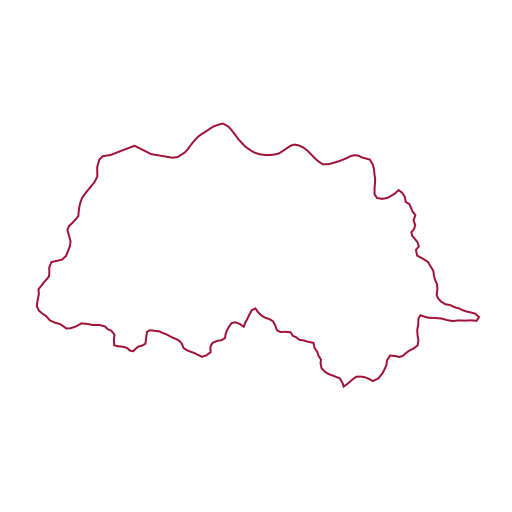 the district of Capitólio, Minas Gerais, Brazil, rotated 178°
{"feature_id": "56859067B5400147838049", "entity_name": "Capitólio", "entity_type": "district", "adm_level": 2, "iso_a3": "BRA", "parent_name": "Brazil", "parent_adm1": "Minas Gerais", "projection": "mercator", "projection_center": [-46.158, -20.611], "detail": "fine", "context": "isolated", "style": "outline", "palette": "rose", "viewbox_px": 512, "rotation_deg": 178, "n_neighbors": 0, "source": "geoboundaries", "source_scale": "gbopen_adm2", "svg_char_len": 3355}
<svg xmlns="http://www.w3.org/2000/svg" viewBox="0 0 512 512"><g transform="rotate(178 256 256)"><path d="M474.4,225.1L476.0,218.6L476.8,213.5L474.8,208.9L471.5,205.9L467.8,203.2L464.3,198.9L459.1,196.3L454.4,194.9L450.8,192.4L448.2,190.2L444.2,190.2L438.6,191.8L432.9,194.7L427.5,194.1L421.3,192.7L414.6,192.5L409.4,190.9L407.0,188.2L403.3,186.4L400.2,182.5L400.9,177.2L400.8,171.6L395.9,170.4L392.2,170.0L387.9,168.6L385.4,165.9L382.1,165.1L379.5,167.5L376.7,169.6L373.4,170.2L369.6,172.2L368.6,178.2L367.6,183.9L364.5,185.5L359.7,184.7L355.4,184.1L351.7,182.2L347.5,180.5L344.1,178.3L340.1,176.4L336.2,174.4L333.4,171.4L331.6,166.5L328.4,164.3L325.3,162.9L320.7,161.0L316.8,158.8L313.4,157.2L309.1,158.4L304.7,161.5L304.8,166.7L302.6,170.6L297.9,172.5L293.3,173.0L289.8,175.2L289.1,178.9L287.4,183.2L285.2,186.6L282.8,189.8L279.1,190.5L274.8,188.8L270.7,185.7L269.3,189.4L266.9,193.3L265.0,197.1L262.1,202.0L258.4,203.6L256.2,200.1L252.8,196.5L249.5,194.2L244.9,192.5L241.3,190.2L239.2,186.0L237.8,181.2L234.5,179.2L229.0,179.2L224.0,178.5L222.0,175.0L218.4,173.2L215.3,170.6L211.4,170.0L207.3,168.6L201.6,167.2L200.6,162.0L198.1,158.0L196.8,153.7L194.7,150.3L195.2,146.3L194.4,141.6L190.9,137.7L187.2,135.3L183.5,133.9L180.2,132.4L176.5,130.8L173.9,126.0L173.0,122.5L169.1,125.0L164.5,128.8L159.9,131.9L155.3,131.8L151.4,131.0L147.8,129.5L143.6,126.9L138.0,129.4L133.6,134.5L131.2,138.9L129.5,142.4L128.6,147.3L125.4,151.9L120.1,151.1L116.4,150.1L113.0,150.9L109.2,154.0L105.5,156.4L102.2,157.8L97.7,160.9L96.6,165.9L97.3,171.1L97.5,176.4L96.3,181.5L95.8,188.0L93.7,191.0L89.0,189.2L85.5,188.2L80.1,187.9L72.6,187.0L66.8,185.1L61.3,184.1L56.1,184.6L52.4,184.3L48.2,184.1L43.4,184.2L37.8,183.6L35.2,187.2L39.1,190.8L43.7,192.2L48.0,193.3L51.5,194.7L54.8,196.5L59.3,197.9L63.7,200.2L68.5,201.2L72.9,204.2L75.4,207.2L76.8,210.7L75.9,216.6L76.1,221.6L77.9,225.9L78.8,230.2L79.3,234.9L81.8,239.4L84.4,244.1L89.2,247.4L95.0,250.8L95.9,256.7L92.9,259.9L94.2,264.3L96.8,267.7L99.2,270.7L99.9,274.3L97.1,277.5L95.8,281.3L97.3,286.1L95.3,291.4L97.9,294.8L99.4,298.6L100.9,302.5L104.5,304.9L105.3,310.1L107.7,314.1L111.2,316.8L115.1,313.5L119.3,311.2L122.7,309.4L128.0,308.7L133.1,309.8L135.4,313.7L135.1,320.4L134.4,325.5L134.3,329.1L134.7,333.2L135.1,338.6L136.0,343.1L138.9,348.4L142.7,349.6L146.2,350.6L150.2,352.7L153.7,353.3L157.9,352.6L161.3,350.9L165.6,349.3L170.0,347.8L174.8,346.5L180.0,345.3L185.9,345.3L189.8,347.9L193.1,350.9L196.5,354.7L200.7,359.3L205.1,362.9L209.8,365.2L214.0,366.0L217.5,365.0L222.0,362.3L226.1,359.7L229.5,357.7L233.1,356.9L237.2,356.5L242.5,356.5L248.6,357.5L253.7,359.3L257.3,361.5L260.4,363.8L263.2,366.0L266.1,369.4L269.4,373.1L272.6,377.9L276.1,382.8L279.2,386.4L284.3,389.5L289.1,388.5L294.3,386.8L298.3,384.4L302.7,381.6L306.2,379.6L309.2,377.7L312.6,374.5L317.0,369.5L320.5,365.0L323.2,362.2L326.6,360.1L330.8,357.7L335.9,357.1L357.3,361.5L373.5,370.4L385.4,366.4L397.8,362.0L405.5,361.1L409.2,357.9L411.6,350.4L411.8,340.9L415.2,335.0L422.2,327.1L425.3,323.5L427.9,319.8L429.7,315.5L430.9,310.9L431.6,306.9L432.2,302.0L434.8,299.1L438.4,295.4L441.7,292.7L443.6,288.7L442.2,283.2L440.8,277.1L441.7,272.2L443.8,267.2L445.9,262.6L450.1,259.1L455.2,258.1L460.6,257.1L463.1,251.6L463.1,246.7L463.6,242.9L465.8,240.2L468.6,237.4L471.9,233.4L474.5,230.5L474.4,225.1Z" fill="none" stroke="#9f1239" stroke-width="2"/></g></svg>